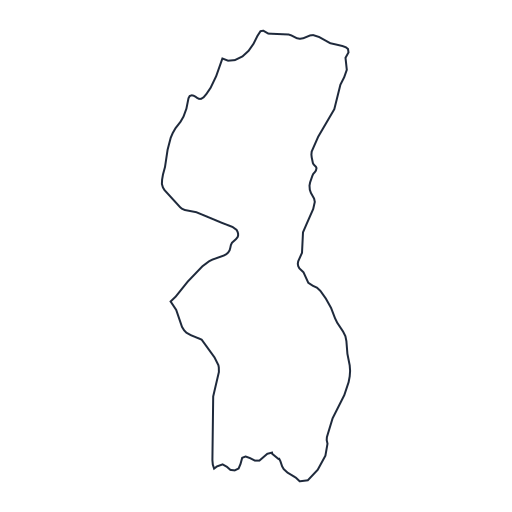 the border of Mechi
{"feature_id": "NPL-1135", "entity_name": "Mechi", "entity_type": "Administrative Zone", "adm_level": 1, "iso_a3": "NPL", "parent_name": "Nepal", "parent_adm1": "", "projection": "orthographic", "projection_center": [87.832, 27.137], "detail": "fine", "context": "isolated", "style": "outline", "palette": "slate", "viewbox_px": 512, "rotation_deg": 0, "n_neighbors": 0, "source": "natural_earth", "source_scale": "10m", "svg_char_len": 2126}
<svg xmlns="http://www.w3.org/2000/svg" viewBox="0 0 512 512"><path d="M263.3,30.7L268.3,33.6L288.6,34.5L291.3,35.4L296.8,38.2L299.9,38.8L303.4,38.2L310.2,35.4L313.2,35.1L319.1,37.0L330.2,43.2L336.0,44.5L342.4,46.0L345.9,47.3L348.0,49.0L348.5,52.4L345.5,57.8L346.8,69.8L344.2,77.2L340.4,84.7L334.3,109.2L318.2,136.7L311.7,151.5L311.4,154.6L311.7,157.4L312.9,163.1L313.6,164.4L316.0,166.9L316.5,168.1L315.9,170.6L314.7,172.3L313.3,173.8L312.4,175.7L310.1,182.4L309.5,185.6L309.8,189.7L310.9,192.9L314.1,198.6L314.8,201.9L313.2,209.0L306.9,223.3L303.0,232.3L302.0,252.8L298.2,261.3L297.8,263.8L298.2,266.1L299.4,268.4L303.5,272.3L308.3,282.8L312.9,285.8L317.0,287.7L320.4,290.9L325.8,298.5L331.1,308.0L335.0,318.2L337.2,322.7L343.1,331.6L345.4,336.2L346.4,341.2L347.4,353.8L349.7,365.4L350.1,370.9L349.7,376.4L348.6,382.2L344.3,395.1L332.6,418.3L328.8,430.8L326.9,437.1L326.7,440.1L327.5,443.7L325.4,455.7L317.7,469.8L307.8,480.3L299.7,481.3L295.9,477.7L287.5,472.6L283.7,469.1L282.1,466.3L280.4,461.2L279.2,458.8L278.5,459.0L272.2,453.8L272.0,452.6L267.3,453.8L259.4,460.6L254.9,460.6L250.0,458.1L245.6,456.5L242.2,457.8L240.5,464.0L238.6,468.5L234.7,470.4L230.4,469.9L226.9,466.8L222.6,464.4L217.0,466.4L214.1,468.6L212.8,464.6L212.4,460.1L213.2,396.4L218.9,372.0L218.8,367.4L218.4,365.2L214.5,357.4L201.7,339.7L201.1,339.4L190.9,335.2L186.4,332.7L184.1,330.3L182.0,326.9L176.2,309.9L170.6,301.5L175.7,296.6L187.9,281.4L202.5,266.2L209.2,261.2L212.4,259.6L223.9,255.5L226.3,254.2L228.2,252.5L229.6,250.3L230.3,247.8L230.9,245.0L232.0,242.7L236.0,239.1L237.6,237.1L238.1,235.6L238.1,233.7L237.6,231.9L236.6,229.9L232.6,227.0L221.5,222.7L196.3,212.2L184.8,210.0L181.9,208.7L180.1,207.2L164.5,190.1L162.9,187.4L161.9,184.0L162.1,179.6L163.0,174.4L165.0,167.0L167.6,149.7L170.7,137.8L172.7,133.1L175.5,128.2L180.5,121.8L183.5,116.6L186.4,108.7L188.5,98.2L189.7,96.0L191.8,95.3L193.6,95.7L195.5,96.7L197.1,97.9L199.1,98.9L201.0,98.9L203.6,97.3L206.4,94.0L210.6,87.8L216.2,76.1L222.4,58.5L228.1,60.7L234.9,60.1L242.5,56.4L248.6,50.8L253.5,43.8L257.5,35.8L260.5,31.2L263.3,30.7Z" fill="none" stroke="#1e293b" stroke-width="2"/></svg>